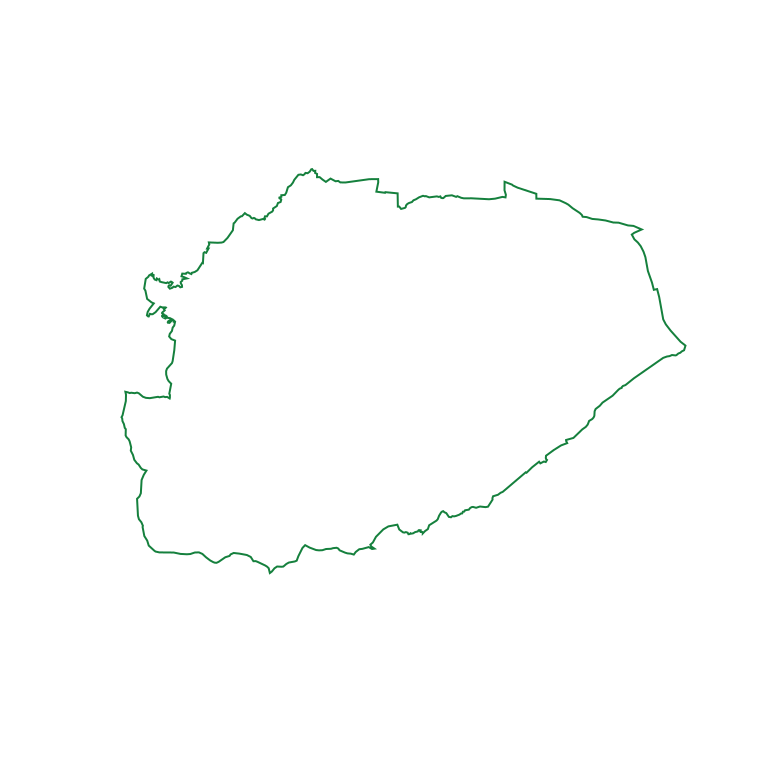 outline of Solont, Bacau, Romania, rotated 294°
{"feature_id": "2599482B29549349723291", "entity_name": "Solont", "entity_type": "district", "adm_level": 2, "iso_a3": "ROU", "parent_name": "Romania", "parent_adm1": "Bacau", "projection": "orthographic", "projection_center": [26.52, 46.567], "detail": "fine", "context": "isolated", "style": "outline", "palette": "green", "viewbox_px": 768, "rotation_deg": 294, "n_neighbors": 0, "source": "geoboundaries", "source_scale": "gbopen_adm2", "svg_char_len": 6166}
<svg xmlns="http://www.w3.org/2000/svg" viewBox="0 0 768 768"><g transform="rotate(294 384 384)"><path d="M620.5,460.5L615.3,447.8L619.7,445.8L617.7,426.2L617.8,421.1L618.2,419.9L617.8,411.9L610.0,415.3L606.4,418.4L603.9,419.1L603.1,416.1L598.5,410.1L595.5,404.8L589.2,388.3L586.1,381.5L585.5,378.8L585.4,374.6L584.3,373.8L584.0,369.3L580.9,363.9L578.0,362.6L577.5,361.6L577.3,360.5L578.3,359.2L577.2,358.0L576.9,356.0L572.9,349.4L572.7,345.8L572.1,345.1L571.8,343.1L568.8,340.1L565.8,338.1L563.8,336.2L561.6,335.5L559.5,333.2L558.0,332.1L556.1,331.5L554.4,331.9L553.4,331.5L550.9,328.4L552.3,325.7L551.7,324.5L563.7,318.9L559.8,307.2L559.1,307.2L556.6,298.8L565.9,296.7L568.8,295.3L565.1,287.2L552.4,266.8L550.4,262.1L550.9,259.6L549.5,257.3L549.9,251.6L545.0,248.7L545.8,244.5L546.8,241.1L545.7,238.7L548.7,237.4L548.8,235.2L550.8,234.5L550.0,232.9L551.1,230.9L550.5,230.2L547.8,229.8L545.5,228.5L544.9,226.4L543.2,226.0L541.8,225.1L541.6,222.8L540.3,220.7L534.1,219.0L531.0,218.9L527.6,218.1L524.7,216.2L518.9,216.9L516.3,216.5L514.7,213.4L513.2,214.1L511.8,212.6L511.1,213.0L511.0,214.8L510.6,215.2L508.2,215.5L506.2,213.5L503.0,213.7L499.2,211.3L497.7,212.0L496.1,211.8L492.6,209.2L489.5,208.9L488.8,207.1L487.3,207.2L486.5,208.2L485.6,208.0L485.6,206.4L482.9,203.1L482.3,199.8L482.8,198.7L482.8,197.6L481.8,196.7L481.7,196.2L481.7,195.4L483.0,192.9L482.9,189.8L483.5,187.4L479.5,186.0L478.9,185.0L475.4,183.0L470.6,181.9L469.6,181.3L463.0,183.4L453.8,181.6L448.4,179.6L447.1,178.0L445.4,174.7L442.1,166.4L440.5,167.6L435.8,167.3L436.4,168.6L431.5,168.2L431.4,166.4L430.1,165.9L420.8,169.4L420.8,168.7L412.0,167.3L409.3,165.5L407.4,163.2L406.1,163.3L406.0,161.2L406.3,159.9L406.0,159.1L404.7,158.1L404.1,158.2L402.8,154.8L400.0,155.2L400.3,157.6L400.3,161.0L397.6,157.2L396.3,157.7L394.4,156.8L393.4,157.4L392.1,159.2L390.6,160.0L389.5,158.6L390.2,156.7L389.9,155.2L387.8,154.1L387.3,152.1L385.9,151.6L384.0,149.6L385.0,147.5L385.8,147.3L386.9,147.7L387.0,149.1L390.6,149.7L390.8,149.0L390.9,147.7L388.6,146.2L388.8,144.9L387.6,144.0L386.6,139.4L386.4,137.5L388.2,136.2L387.7,136.0L388.0,133.6L386.3,133.9L386.2,132.0L387.5,130.1L389.9,129.2L389.9,128.8L388.5,128.6L388.5,127.6L390.3,127.1L387.6,125.2L386.1,125.1L383.1,123.6L373.6,126.1L372.2,128.1L365.4,133.0L364.0,138.5L364.0,140.9L357.5,139.2L353.7,138.8L350.3,139.5L349.8,141.2L350.0,141.6L352.9,141.6L353.1,143.1L353.7,144.3L356.7,146.1L363.6,148.2L363.8,150.3L365.1,153.3L365.1,153.6L364.4,153.4L363.1,152.2L362.1,153.7L359.0,152.3L358.4,152.5L358.1,154.1L356.0,153.5L355.5,153.8L355.2,154.6L356.7,154.8L357.7,155.9L357.7,156.7L357.0,156.6L357.2,157.8L354.9,156.9L354.9,157.7L356.1,158.4L357.1,161.7L357.0,163.7L353.6,161.4L352.5,161.3L352.1,161.7L352.6,163.2L356.0,164.4L356.7,165.2L356.7,165.7L355.6,166.4L356.3,166.9L356.0,167.8L352.0,168.6L349.6,168.0L346.2,168.7L342.7,167.9L340.0,168.4L338.5,171.5L338.7,175.5L329.5,178.7L318.9,181.6L316.9,181.8L309.8,179.5L307.2,179.7L304.0,181.2L300.5,184.1L299.0,186.2L297.7,189.5L287.8,191.8L286.9,192.9L284.3,194.0L283.6,194.1L284.0,191.1L283.0,189.4L282.9,187.7L280.5,184.2L280.4,182.8L275.8,175.8L274.5,172.1L274.3,168.9L275.8,163.8L275.7,161.9L274.2,160.0L273.2,156.6L272.3,155.4L272.2,153.5L271.7,150.9L269.2,152.7L263.4,155.1L249.0,157.9L246.9,157.7L246.1,158.8L243.7,160.2L241.6,162.7L238.5,165.0L237.7,166.5L231.9,168.9L230.7,170.4L229.6,173.2L228.2,174.9L223.3,178.8L220.1,179.8L217.1,183.5L213.2,186.7L211.1,190.5L210.6,192.6L208.4,196.0L207.7,198.0L208.3,202.2L203.4,201.5L197.7,201.6L185.3,206.3L181.7,206.3L178.7,205.1L163.6,212.8L160.8,215.1L159.0,218.6L156.4,221.4L155.2,221.6L147.6,226.9L144.6,231.4L140.7,234.8L138.3,242.0L138.0,243.4L138.8,247.3L144.5,260.4L146.0,267.2L148.3,273.2L149.9,276.2L153.1,279.7L154.9,283.4L154.9,287.2L153.3,291.9L152.1,297.0L151.8,300.6L152.0,302.4L152.6,303.8L154.3,305.3L161.2,309.5L164.1,312.8L166.0,313.2L168.5,315.4L170.2,320.8L171.7,327.0L172.0,328.4L171.8,332.6L169.0,336.8L170.0,338.8L170.1,340.8L169.9,349.2L169.6,351.4L168.8,353.6L164.9,356.6L167.0,357.8L171.1,358.9L173.8,360.6L175.4,364.8L176.3,366.3L179.9,368.0L182.2,369.7L185.6,374.7L187.1,376.1L191.9,375.8L201.1,376.2L204.7,377.5L204.3,382.6L204.7,389.5L205.6,392.3L207.1,395.3L209.7,398.2L211.9,402.6L213.3,404.2L215.1,407.3L215.1,409.1L214.0,411.1L214.1,417.0L214.4,419.5L215.5,422.7L215.9,425.8L219.1,426.5L223.0,428.6L224.6,431.3L228.8,436.4L228.4,440.2L229.7,442.2L230.4,438.4L231.7,436.9L234.7,438.3L241.1,438.8L250.9,442.5L255.7,445.9L260.9,453.4L257.3,457.1L256.2,461.7L256.6,463.2L257.6,464.2L257.8,466.1L256.7,467.4L257.3,468.4L258.4,468.9L258.2,469.5L259.4,471.3L261.4,472.7L263.0,474.8L264.5,475.1L264.9,475.7L265.2,477.0L264.0,477.0L263.7,477.7L264.4,479.1L264.3,479.7L263.2,480.2L266.3,481.3L269.3,483.1L273.3,482.7L280.5,487.5L282.3,488.1L286.1,487.9L289.9,488.4L291.1,489.0L291.9,489.8L291.4,491.4L291.4,493.4L289.0,497.3L289.5,499.4L291.1,500.2L291.6,501.9L292.7,503.4L295.4,506.1L296.9,506.9L297.6,508.1L299.4,508.0L300.1,509.2L301.6,509.4L303.7,512.6L305.9,513.2L307.3,514.3L307.9,515.3L308.4,518.5L311.1,521.5L312.8,526.8L314.2,528.9L322.5,530.2L323.8,529.5L325.8,529.3L329.2,533.2L332.1,534.8L333.7,536.3L361.0,549.4L360.9,550.3L368.2,553.2L376.1,557.3L375.1,559.1L378.2,561.6L378.5,563.5L380.9,563.8L381.2,562.8L382.2,561.9L384.4,561.2L392.5,565.8L400.0,570.8L404.5,575.4L406.1,573.5L406.9,573.1L411.8,579.0L423.2,583.6L426.9,585.8L429.8,586.6L433.7,586.4L436.7,588.5L438.7,589.1L440.5,589.1L444.8,587.5L447.3,587.5L451.9,590.0L455.9,591.2L466.3,597.6L473.9,600.4L475.6,601.2L477.1,602.7L477.8,602.5L479.4,603.1L481.2,605.0L490.9,610.0L521.4,628.4L524.2,631.3L525.6,633.5L527.6,635.3L528.7,638.7L529.3,639.4L531.6,640.5L533.1,642.0L534.8,642.7L536.9,644.4L541.7,643.8L543.2,637.8L549.3,624.2L553.1,617.2L556.6,612.8L575.4,600.0L581.8,594.9L579.8,592.2L585.6,587.6L594.6,579.1L606.2,571.2L610.4,567.3L614.3,562.5L616.5,558.4L618.0,553.9L621.3,549.6L623.9,551.1L630.0,556.6L629.9,547.6L628.1,542.4L626.8,532.7L624.8,527.8L623.5,519.9L621.5,512.9L619.5,507.1L618.9,501.2L617.6,497.4L618.9,496.0L619.9,493.2L621.3,484.8L622.8,479.5L623.1,476.6L623.2,469.7L620.5,460.5Z" fill="none" stroke="#15803d" stroke-width="2"/></g></svg>